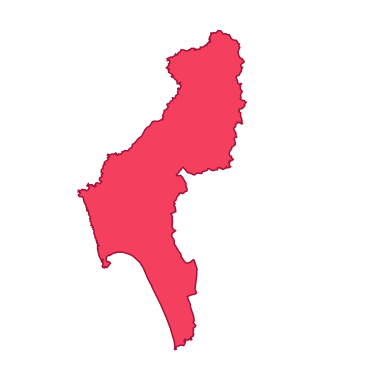 outline of Cilacap, Jawa Tengah, Indonesia, rotated 60°
{"feature_id": "22746128B37209370352000", "entity_name": "Cilacap", "entity_type": "district", "adm_level": 2, "iso_a3": "IDN", "parent_name": "Indonesia", "parent_adm1": "Jawa Tengah", "projection": "natural_earth1", "projection_center": [108.91, -7.462], "detail": "fine", "context": "isolated", "style": "filled", "palette": "rose", "viewbox_px": 384, "rotation_deg": 60, "n_neighbors": 0, "source": "geoboundaries", "source_scale": "gbopen_adm2", "svg_char_len": 6019}
<svg xmlns="http://www.w3.org/2000/svg" viewBox="0 0 384 384"><g transform="rotate(60 192 192)"><path d="M189.4,145.9L187.9,146.6L186.4,145.4L184.6,145.5L184.2,144.9L184.9,144.7L184.9,143.7L184.7,143.2L183.9,143.1L184.7,141.0L184.2,139.9L182.2,140.7L180.8,140.0L179.2,141.2L177.6,140.8L175.4,138.8L174.5,136.1L173.1,135.4L172.7,131.2L171.7,130.2L167.0,128.8L166.4,128.1L166.8,125.8L164.1,125.6L163.5,124.6L158.4,124.4L157.3,123.2L157.2,121.5L155.4,120.5L154.8,118.2L154.3,118.0L154.4,117.4L155.7,116.7L155.7,115.6L157.5,115.3L158.0,114.2L157.4,114.3L155.7,113.2L155.0,113.5L153.7,112.4L150.3,111.9L147.8,110.2L145.8,111.3L145.3,110.3L143.9,110.1L143.9,109.1L144.6,108.2L144.7,106.1L144.2,104.2L143.3,102.8L142.5,102.9L141.4,100.2L140.8,100.8L139.0,100.9L137.9,102.6L135.2,103.6L134.9,102.4L132.8,101.8L130.9,100.0L130.2,98.2L126.9,98.6L124.5,97.0L123.7,97.2L122.8,94.3L122.5,96.7L120.8,98.0L118.2,96.9L114.8,96.6L114.0,95.3L114.3,92.6L113.2,91.2L112.3,89.0L110.7,88.0L109.3,85.9L108.2,86.9L106.9,86.9L105.7,84.6L105.8,83.2L105.3,81.7L101.7,81.9L99.8,83.4L99.0,83.1L97.4,83.4L96.0,82.7L94.8,83.0L92.5,80.9L90.8,78.3L88.8,78.3L87.5,77.0L85.5,78.1L84.5,77.4L82.6,77.9L81.3,80.0L79.8,80.9L77.9,81.4L77.0,81.0L74.3,81.2L73.4,82.8L71.7,83.6L70.9,86.0L67.2,86.3L65.2,88.6L66.3,91.8L64.6,93.8L64.8,95.7L63.8,95.9L63.8,96.3L65.5,96.9L66.4,99.1L68.5,101.0L68.9,101.0L68.6,99.9L69.9,100.7L70.3,101.8L71.0,101.1L71.3,102.7L70.8,103.8L71.2,104.9L72.3,105.4L71.4,107.3L71.9,107.9L72.0,109.8L70.7,112.4L72.2,113.3L72.4,114.0L71.8,114.2L70.7,116.9L71.1,118.1L70.2,118.7L69.6,117.8L68.9,117.9L67.2,120.8L67.9,122.5L67.4,122.9L67.6,124.2L66.7,126.8L65.4,127.7L63.3,130.2L64.6,131.8L64.7,134.6L65.9,135.9L65.5,136.9L64.3,137.0L65.4,139.5L65.3,140.9L65.6,141.6L64.5,142.9L64.1,146.9L65.4,146.3L65.9,147.5L66.5,146.1L67.0,145.9L69.3,146.6L69.3,148.4L70.7,148.7L71.7,152.1L74.0,150.3L74.4,150.6L74.4,151.5L75.0,151.2L76.6,152.4L80.6,150.1L81.6,150.7L81.3,152.0L82.2,152.3L82.7,152.1L82.2,151.2L82.5,150.3L85.0,150.7L88.1,149.4L90.8,150.7L91.4,147.6L92.5,149.2L94.0,148.3L95.4,149.1L96.7,151.3L95.3,151.7L95.2,152.6L97.4,153.4L98.5,154.8L100.1,154.8L100.4,157.9L101.0,158.6L102.3,159.1L102.3,160.0L100.7,161.7L103.0,162.8L102.7,165.2L104.2,167.5L103.4,168.3L103.5,169.8L104.3,170.2L106.5,169.9L107.8,173.5L107.4,175.3L109.3,176.5L111.2,179.4L112.9,179.4L113.4,180.7L114.6,181.0L114.0,182.5L113.9,185.8L111.5,189.9L111.3,191.1L113.7,195.6L113.6,198.6L114.7,201.8L118.4,207.4L118.9,211.8L121.0,217.4L121.0,219.8L123.2,221.6L123.3,224.6L124.3,226.9L122.4,229.6L122.7,231.2L122.1,232.3L123.2,232.9L123.5,235.7L122.4,236.3L123.0,238.3L122.1,239.1L121.1,238.1L120.1,238.5L120.2,241.1L119.0,242.3L118.9,244.9L117.3,245.7L118.0,246.9L120.3,246.1L120.0,248.0L121.5,248.0L122.0,248.6L122.2,252.0L122.8,253.5L124.5,253.7L124.3,255.3L127.1,257.5L127.4,259.0L128.3,260.0L129.8,260.9L131.3,259.8L131.8,261.9L133.7,262.2L133.5,264.4L134.0,265.4L135.5,266.2L136.9,265.8L137.5,265.0L138.0,265.3L138.6,267.7L136.5,269.7L136.4,271.0L137.2,272.4L138.8,272.1L138.9,273.4L138.6,273.9L137.9,273.9L137.8,274.4L137.4,274.2L137.0,275.0L135.8,274.8L134.4,277.6L132.9,277.6L134.1,279.9L135.5,278.6L136.8,278.8L138.1,280.7L138.3,282.7L136.3,283.6L136.0,284.8L134.7,285.8L135.2,287.4L134.6,288.3L134.8,288.7L133.7,289.6L135.1,290.5L136.2,289.3L136.9,289.2L137.7,290.6L137.5,291.6L138.0,292.0L139.8,291.7L141.1,289.6L142.5,289.1L147.3,290.6L148.2,290.2L149.3,290.7L150.1,290.0L152.1,291.3L152.8,290.9L155.2,292.4L156.1,292.1L155.5,291.2L158.1,291.6L159.4,292.7L162.2,292.6L163.5,293.0L164.1,294.0L166.3,294.3L166.7,294.9L167.4,294.6L170.0,295.3L170.3,296.2L172.0,295.1L173.1,295.5L173.1,296.0L173.7,295.6L175.1,296.3L175.4,296.0L176.7,296.3L179.1,297.8L181.0,297.7L183.2,298.9L184.0,298.4L186.1,299.2L186.7,298.6L187.7,299.7L188.7,299.8L188.8,299.3L189.4,299.3L190.9,300.5L191.2,299.7L191.9,299.5L192.1,301.0L194.2,302.4L194.6,302.0L196.0,303.0L201.6,304.5L205.7,304.6L205.5,303.7L206.0,302.9L206.7,303.4L207.0,304.8L207.4,304.3L207.8,304.8L208.6,304.4L208.8,304.8L210.1,304.9L211.2,306.8L212.6,307.0L213.9,305.8L213.2,305.0L213.3,304.4L214.2,304.3L214.9,303.5L212.9,298.2L210.8,298.7L210.2,300.1L209.1,300.4L207.3,299.9L205.4,298.4L204.9,295.4L205.8,295.3L205.7,291.2L206.8,286.7L209.7,281.8L215.1,276.9L218.7,274.9L226.6,272.4L232.8,272.1L244.6,273.5L252.0,273.9L252.8,273.6L253.6,274.1L274.0,275.4L288.4,277.1L299.5,278.9L312.3,282.1L316.9,283.8L319.7,285.9L320.3,284.2L318.6,283.9L318.3,282.2L319.2,277.5L320.7,276.3L320.7,275.3L318.3,272.4L317.9,272.3L317.4,273.5L315.9,272.0L318.3,269.9L318.0,267.2L319.6,266.9L319.5,265.8L318.6,265.6L317.8,266.4L317.5,266.0L317.0,264.4L317.9,262.8L317.1,263.9L316.9,262.6L315.8,261.4L315.4,261.8L313.7,261.3L312.8,259.9L310.5,258.9L310.5,257.2L309.5,255.5L305.5,256.3L304.9,254.7L300.4,252.7L291.1,250.9L289.0,249.8L280.2,248.4L280.7,244.1L281.9,240.6L281.7,238.5L277.4,237.9L266.6,229.6L262.6,227.3L261.7,226.3L252.5,224.3L251.3,224.6L251.9,229.0L251.4,231.2L250.8,232.4L248.5,233.3L242.1,233.7L241.6,233.1L239.5,232.7L235.9,233.4L234.4,232.9L233.4,233.5L232.3,233.1L228.2,233.3L224.9,231.6L220.1,231.7L217.9,230.0L217.3,225.6L214.9,226.8L212.4,226.8L207.3,223.3L206.5,223.4L205.6,222.5L203.7,221.9L203.4,221.2L200.3,221.2L200.9,215.9L199.8,216.0L199.5,215.1L196.2,214.1L194.4,214.3L193.7,212.6L192.6,213.0L191.2,212.2L191.3,210.4L188.6,207.3L187.6,203.9L186.5,203.4L186.9,202.4L188.5,201.2L188.7,200.3L188.3,197.8L188.6,195.9L187.2,194.9L183.6,194.2L181.7,192.9L175.2,192.9L171.8,193.5L171.1,195.9L170.4,196.2L170.0,197.2L169.2,196.6L168.8,194.3L168.1,193.8L168.2,192.8L167.4,192.1L167.3,190.5L166.5,189.9L166.2,187.3L173.3,186.0L174.1,184.5L175.5,183.9L176.1,182.9L177.2,182.6L178.5,181.2L178.1,178.3L180.8,174.4L179.7,172.1L180.6,169.4L180.7,167.4L179.7,166.5L181.0,164.9L182.6,164.5L184.0,163.2L184.7,159.9L185.5,158.8L184.0,157.7L184.2,157.0L185.6,155.5L185.4,155.2L186.1,155.3L188.0,153.8L188.1,151.1L187.7,150.4L188.1,150.6L188.7,149.5L189.5,147.2L189.4,145.9Z" fill="#f43f5e" stroke="#9f1239" stroke-width="1.5"/></g></svg>